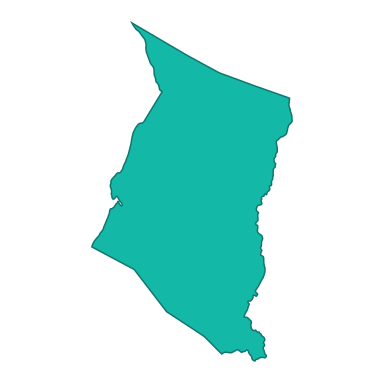 outline of Guarizama, Olancho, Honduras
{"feature_id": "27666195B32639013731604", "entity_name": "Guarizama", "entity_type": "district", "adm_level": 2, "iso_a3": "HND", "parent_name": "Honduras", "parent_adm1": "Olancho", "projection": "equal_earth", "projection_center": [-86.275, 14.906], "detail": "fine", "context": "isolated", "style": "filled", "palette": "teal", "viewbox_px": 384, "rotation_deg": 0, "n_neighbors": 0, "source": "geoboundaries", "source_scale": "gbopen_adm2", "svg_char_len": 6036}
<svg xmlns="http://www.w3.org/2000/svg" viewBox="0 0 384 384"><path d="M132.0,23.0L133.5,25.7L135.6,28.6L136.6,29.8L138.1,30.8L139.2,31.9L143.2,37.3L144.4,38.9L144.9,39.7L145.6,42.3L146.1,44.4L146.1,45.2L145.9,46.7L145.9,48.5L146.1,50.3L146.3,51.9L146.8,53.3L147.6,55.4L148.3,57.6L149.5,60.5L150.0,62.2L150.4,63.1L151.4,64.7L152.3,65.7L152.8,66.4L153.3,67.2L153.6,67.9L153.9,69.0L154.0,70.4L154.1,71.8L154.1,73.6L154.2,74.6L154.6,75.9L155.1,76.9L156.1,81.8L156.5,82.5L157.1,82.8L157.4,83.0L158.0,84.0L158.6,85.2L158.8,85.6L159.4,88.9L159.8,89.7L160.5,90.6L161.0,91.0L161.7,91.3L162.1,91.8L143.7,122.0L143.1,122.6L142.5,122.9L140.2,123.3L139.3,123.6L138.8,123.9L138.2,124.4L137.4,125.4L136.5,126.6L136.0,127.3L134.6,129.8L133.1,132.9L131.8,138.7L131.4,141.2L131.0,143.6L129.6,149.4L128.5,153.6L127.7,156.0L126.7,158.5L125.9,160.8L124.7,163.5L124.0,164.8L123.0,167.6L122.5,169.3L121.8,170.2L120.8,171.9L120.4,172.4L119.7,172.6L118.6,172.8L118.1,172.9L117.1,173.3L116.6,173.7L115.1,175.7L113.8,177.0L112.2,178.8L111.5,179.9L111.0,180.7L110.9,183.3L110.4,185.0L110.3,185.7L110.3,186.2L110.5,187.1L111.5,190.2L111.6,191.6L111.6,192.7L111.5,193.1L111.2,193.5L111.2,193.8L111.3,194.1L111.7,195.1L112.0,197.3L112.4,198.3L112.7,198.8L113.0,199.1L113.3,199.2L113.7,199.1L114.5,198.6L115.7,197.2L116.5,196.5L116.9,196.4L117.4,196.5L117.6,196.8L117.9,197.2L118.3,198.4L119.6,200.8L120.7,202.0L121.8,203.5L122.2,204.5L122.2,204.9L122.1,205.3L121.8,205.6L121.4,205.9L120.3,205.1L119.3,203.9L118.9,202.8L118.5,202.0L118.2,201.6L117.9,201.5L116.9,203.4L116.2,203.8L114.7,206.2L113.9,207.1L112.9,208.0L112.1,208.6L111.6,208.8L111.2,208.7L110.8,208.8L110.5,208.9L110.3,209.1L110.0,209.8L109.6,211.0L109.4,212.9L109.2,213.9L108.7,214.9L107.8,217.6L106.8,219.8L104.6,225.3L103.7,227.3L103.5,228.0L103.3,228.9L103.2,229.2L102.7,230.0L100.2,233.2L98.9,235.7L96.3,238.6L94.1,241.5L93.7,242.3L92.8,244.0L92.5,244.8L92.1,246.1L91.8,246.9L134.2,269.5L166.6,311.7L195.6,330.7L204.6,336.8L221.7,354.0L222.5,353.5L223.6,352.6L224.6,352.3L227.4,352.3L230.1,352.8L230.8,352.8L231.3,352.7L232.2,352.4L233.5,351.7L236.9,349.8L237.2,349.7L237.8,349.8L238.5,350.1L239.1,350.5L241.1,352.1L241.4,352.3L242.3,352.1L243.6,351.6L244.6,351.4L245.1,351.3L245.6,350.9L246.8,349.9L247.4,350.1L247.9,350.5L248.5,351.6L248.9,353.0L249.2,353.6L250.2,354.9L251.4,356.3L251.8,357.4L252.0,358.7L252.3,359.3L253.5,360.5L254.4,360.9L254.8,361.0L255.2,360.8L255.4,360.5L255.6,359.8L255.9,359.5L256.4,359.4L257.6,359.1L259.3,358.1L260.7,357.5L261.8,357.4L263.1,357.4L264.5,357.8L265.1,357.7L265.5,357.5L265.9,357.1L266.2,356.6L266.3,356.1L266.3,355.6L266.0,355.0L265.8,354.8L265.3,354.3L264.8,353.6L264.5,352.7L264.3,351.5L264.0,350.4L263.8,349.9L263.4,349.1L263.2,348.4L263.2,347.9L263.4,347.3L263.8,346.6L264.4,345.9L264.6,345.2L264.6,344.8L264.4,344.3L264.1,343.8L263.6,343.1L263.5,342.5L263.6,342.1L264.0,341.4L264.5,340.8L264.7,340.3L264.8,339.8L264.7,339.3L264.4,338.1L263.8,337.3L261.7,335.7L261.5,335.4L261.3,334.7L260.9,334.0L260.3,333.7L259.7,333.4L259.3,332.3L259.1,332.1L258.9,332.0L258.0,332.1L257.1,331.8L256.2,331.0L255.9,330.4L255.7,330.2L255.2,330.2L254.1,330.6L253.6,330.6L252.9,330.2L252.1,329.5L251.7,328.9L251.3,328.3L251.1,327.6L251.0,326.6L250.8,324.5L251.3,323.1L251.4,322.7L251.3,321.9L250.9,320.9L250.0,320.1L248.7,318.6L247.0,317.4L244.4,317.0L244.3,316.6L244.3,316.0L245.0,313.9L246.2,311.9L247.4,309.7L248.2,306.9L249.1,304.5L249.2,304.0L249.1,303.9L247.9,302.5L247.9,302.0L248.0,301.5L248.3,301.2L248.6,301.1L249.3,301.0L250.0,301.1L250.6,300.9L251.0,300.6L252.3,299.0L253.0,297.7L253.1,295.8L253.2,295.5L253.3,295.4L253.8,295.2L254.1,295.4L254.7,295.3L254.9,295.4L255.8,296.1L256.2,296.2L256.5,296.1L256.8,295.8L257.5,294.6L257.6,294.3L257.5,293.9L256.2,292.7L255.8,292.1L255.5,291.3L255.4,290.6L258.3,286.4L262.2,279.0L262.9,278.0L264.1,274.9L264.8,272.2L265.0,270.2L265.1,269.1L265.0,268.3L264.2,265.2L263.8,263.0L263.7,258.3L263.6,257.5L263.3,256.8L263.0,256.4L260.8,255.1L260.7,254.9L260.7,253.9L260.9,252.9L261.2,252.0L261.7,251.2L261.8,250.6L261.6,250.1L260.6,248.4L260.5,248.1L260.5,247.7L260.7,247.1L261.1,246.7L261.2,246.4L261.5,244.0L261.5,242.5L261.6,241.6L261.8,241.0L262.5,239.3L262.6,238.7L262.6,238.3L262.2,236.8L261.7,235.5L259.0,233.7L258.2,232.9L257.7,232.1L257.5,231.5L257.4,230.8L257.8,226.8L257.7,225.8L257.5,225.3L256.8,225.2L256.2,224.9L255.9,224.3L255.7,223.6L255.7,223.1L255.8,222.8L256.3,222.2L257.5,221.1L257.7,220.7L257.9,220.3L258.0,219.9L258.0,219.2L257.7,216.8L257.7,215.3L257.9,214.2L258.1,213.7L258.4,213.2L258.5,212.9L258.4,212.5L258.3,212.3L257.4,211.8L256.6,210.8L256.4,210.4L256.3,209.9L256.3,208.8L256.5,208.2L256.8,207.3L257.4,206.2L257.9,205.6L258.5,205.3L261.3,204.6L261.6,204.3L261.8,203.8L261.7,203.0L261.5,202.0L261.1,201.3L261.1,200.9L261.2,200.1L261.6,199.6L261.7,199.2L261.7,198.7L261.4,197.8L261.4,197.4L261.5,197.1L261.7,196.8L262.0,196.6L263.8,196.2L264.7,194.0L265.0,194.0L265.4,194.1L266.1,194.7L266.3,194.7L266.5,194.6L266.7,194.1L267.2,192.1L269.0,190.7L269.5,190.0L269.8,189.4L269.8,189.1L269.4,186.6L269.4,185.9L269.6,185.8L271.0,185.6L271.3,185.4L271.5,185.0L271.6,184.3L271.5,182.5L271.5,181.3L271.7,180.8L272.6,179.3L272.7,178.6L272.7,177.1L272.8,176.7L273.1,176.1L273.2,175.8L273.2,173.5L273.1,170.7L273.2,169.9L273.4,169.1L273.7,168.5L274.1,168.1L274.8,167.6L275.2,167.0L275.3,166.4L275.1,165.8L275.1,165.5L275.5,164.6L275.7,163.7L274.6,162.7L274.3,162.1L274.1,161.4L274.0,160.3L274.0,158.7L275.7,156.3L275.8,155.9L275.6,155.1L275.6,154.4L276.0,153.6L277.0,152.3L277.3,151.7L277.2,147.5L276.4,144.0L276.3,143.3L276.3,141.9L276.5,141.1L276.6,140.8L276.9,140.5L278.0,139.8L280.5,137.3L281.7,136.8L282.6,136.7L285.0,135.0L285.8,134.6L286.1,134.3L286.5,133.4L287.1,131.4L287.7,128.2L288.2,126.6L288.5,125.6L289.1,124.8L291.2,122.7L291.8,121.9L292.1,121.2L292.2,120.6L292.0,119.0L291.9,116.6L291.8,115.7L291.2,113.5L290.4,111.1L290.1,109.1L289.3,107.2L288.9,105.7L288.9,105.0L289.0,103.9L289.6,98.2L254.2,85.7L219.2,72.8L187.0,55.3L132.0,23.0Z" fill="#14b8a6" stroke="#0f766e" stroke-width="1.5"/></svg>